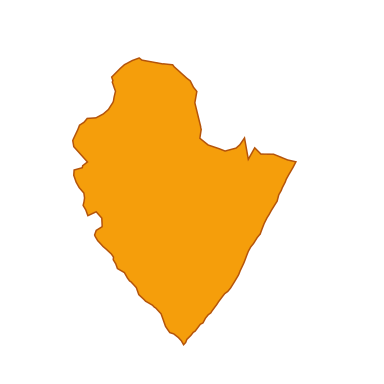 outline of Langtang South, Plateau, Nigeria, rotated 343°
{"feature_id": "59680162B99351931357354", "entity_name": "Langtang South", "entity_type": "district", "adm_level": 2, "iso_a3": "NGA", "parent_name": "Nigeria", "parent_adm1": "Plateau", "projection": "natural_earth1", "projection_center": [9.811, 8.594], "detail": "fine", "context": "isolated", "style": "filled", "palette": "amber", "viewbox_px": 384, "rotation_deg": 343, "n_neighbors": 0, "source": "geoboundaries", "source_scale": "gbopen_adm2", "svg_char_len": 2011}
<svg xmlns="http://www.w3.org/2000/svg" viewBox="0 0 384 384"><g transform="rotate(343 192 192)"><path d="M300.2,193.5L292.8,189.3L281.0,179.7L269.0,175.9L264.9,168.1L255.4,177.2L258.0,155.7L251.6,160.8L247.0,162.9L235.6,162.5L230.3,158.3L221.2,151.8L215.2,142.9L219.1,134.8L219.1,133.2L219.4,131.9L220.8,107.5L226.0,97.3L224.0,92.2L222.8,85.2L220.3,81.7L211.5,67.0L210.7,64.7L202.2,61.1L201.7,61.1L182.6,51.2L180.7,48.4L173.4,48.8L164.6,50.5L159.6,52.8L153.3,56.2L148.8,58.6L148.9,62.3L147.9,63.6L147.9,63.8L148.0,66.0L148.1,69.7L148.3,73.3L145.3,78.4L143.4,82.2L142.4,83.4L139.3,86.0L136.3,88.6L133.7,89.8L133.4,89.9L130.1,91.4L121.8,93.0L117.5,92.0L113.3,91.0L111.2,92.4L109.2,93.7L104.0,95.2L101.0,99.0L94.0,106.7L93.0,108.0L92.2,114.1L100.8,132.7L95.1,134.9L94.2,136.7L85.7,136.5L83.8,141.5L84.1,148.8L85.4,154.8L88.3,161.4L87.5,166.3L85.8,169.9L84.0,172.9L84.0,173.2L85.2,178.1L85.5,184.2L94.6,182.9L98.1,190.6L96.3,197.7L95.9,198.9L89.2,200.7L86.3,204.6L86.4,206.1L87.6,211.0L89.9,215.7L91.0,218.1L93.3,221.7L96.7,227.6L97.9,231.2L96.9,233.7L98.1,238.5L98.3,243.4L103.8,249.3L105.1,255.3L106.3,258.8L107.4,260.1L110.8,267.2L111.1,274.6L114.5,280.5L115.7,282.9L117.9,285.2L121.1,288.7L122.3,291.1L123.4,292.3L126.8,299.4L127.0,303.1L127.2,308.0L127.4,312.8L128.5,316.4L129.7,320.0L133.0,322.3L136.3,327.0L138.3,331.1L139.3,335.6L141.9,334.1L143.9,331.5L149.0,328.8L152.1,326.6L154.3,326.0L161.3,320.9L164.2,320.4L168.1,316.5L171.7,314.1L174.6,313.1L176.2,311.7L180.5,308.5L182.6,307.0L185.3,304.7L190.5,300.9L193.5,298.8L197.2,297.5L200.8,295.1L206.2,290.4L207.3,289.4L211.7,285.4L212.5,284.6L215.2,281.2L220.5,275.4L222.3,273.2L225.8,268.6L228.5,265.2L232.1,261.7L233.0,261.1L235.7,259.3L241.1,254.6L244.6,252.3L244.8,252.3L246.5,250.0L249.2,246.5L251.9,243.1L256.3,238.5L259.0,236.2L262.6,232.7L268.0,228.0L270.7,225.7L274.2,220.0L276.3,218.0L277.8,216.6L279.6,214.3L284.1,209.7L285.8,207.4L289.4,203.9L295.7,198.1L300.2,193.5L300.2,193.5Z" fill="#f59e0b" stroke="#b45309" stroke-width="1.5"/></g></svg>